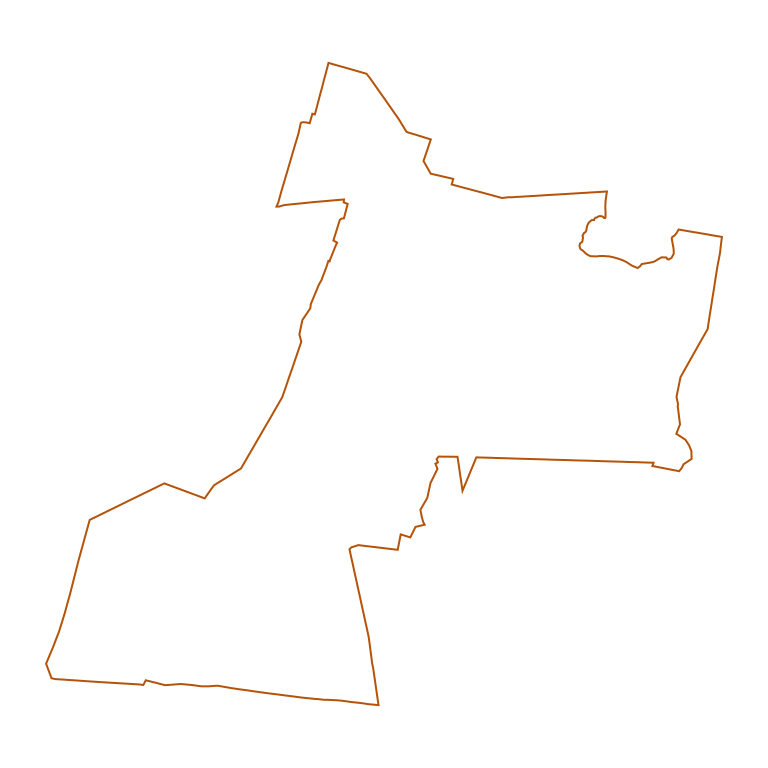 outline of Temamatla, México, Mexico
{"feature_id": "50627088B72958492405595", "entity_name": "Temamatla", "entity_type": "district", "adm_level": 2, "iso_a3": "MEX", "parent_name": "Mexico", "parent_adm1": "México", "projection": "mercator", "projection_center": [-98.878, 19.192], "detail": "fine", "context": "isolated", "style": "outline", "palette": "amber", "viewbox_px": 768, "rotation_deg": 0, "n_neighbors": 0, "source": "geoboundaries", "source_scale": "gbopen_adm2", "svg_char_len": 5239}
<svg xmlns="http://www.w3.org/2000/svg" viewBox="0 0 768 768"><path d="M407.1,132.1L406.6,131.9L405.3,129.9L402.2,124.8L398.9,119.4L398.6,118.9L392.6,110.4L391.8,109.2L388.3,104.2L384.9,99.3L381.2,94.1L373.6,83.3L372.6,81.9L372.3,81.4L370.5,78.9L370.2,78.4L368.6,76.4L366.6,73.8L359.0,71.6L351.3,69.4L343.7,67.2L336.1,65.1L328.5,62.9L327.9,65.1L327.5,66.8L327.0,68.6L326.4,70.9L325.4,74.8L324.5,78.0L323.9,80.2L323.1,83.4L322.7,84.9L322.1,87.3L321.5,89.5L320.7,92.3L320.2,94.2L319.4,97.2L318.5,100.8L317.9,102.9L317.4,105.0L315.8,111.0L314.8,114.5L312.4,113.7L309.7,123.2L306.6,122.5L304.7,122.3L303.5,122.2L302.7,122.3L301.9,122.4L301.2,122.7L300.8,123.0L298.5,133.2L298.4,133.7L295.7,142.8L295.0,145.1L293.9,148.8L291.9,155.6L289.3,164.5L286.7,173.4L284.1,182.1L281.5,190.8L278.3,202.5L276.5,206.6L278.9,206.6L284.1,205.1L291.6,204.3L303.0,203.2L314.4,202.0L317.2,201.8L328.5,200.8L336.4,200.1L344.0,199.5L343.7,202.4L347.7,203.9L343.9,218.4L341.6,218.6L339.8,219.9L336.6,230.2L333.4,240.5L337.1,242.6L335.9,245.2L333.8,250.3L330.0,259.9L329.9,260.2L329.6,261.4L328.4,260.9L326.2,267.6L322.3,277.7L321.6,279.9L318.8,284.8L314.8,294.5L310.8,304.1L310.3,308.3L302.4,320.0L299.5,333.8L299.4,334.4L301.3,341.8L298.3,350.5L295.3,359.3L292.3,368.1L288.9,377.8L285.6,387.6L282.2,397.3L278.1,404.4L274.0,411.5L269.9,418.7L265.7,425.8L261.6,432.9L257.5,440.0L253.4,447.1L249.2,454.3L245.1,461.4L241.0,468.5L234.2,472.7L227.5,476.9L220.7,481.1L214.0,485.3L208.3,493.2L204.7,498.4L192.6,493.9L164.3,483.4L127.0,501.6L89.7,519.9L84.1,540.2L78.5,560.6L74.3,577.2L70.1,593.8L67.4,603.4L64.8,613.0L62.0,622.1L59.1,631.3L56.2,638.9L53.3,646.5L49.7,655.1L46.1,663.7L51.5,678.2L55.2,679.1L60.6,679.4L69.2,680.0L76.9,680.5L85.1,681.1L92.9,681.6L101.9,682.2L115.3,683.0L118.7,683.2L127.0,683.7L139.9,684.5L143.3,685.0L145.8,680.3L155.5,682.7L165.2,685.2L180.7,684.0L191.7,685.0L193.9,685.3L201.3,686.3L208.9,686.3L215.7,685.8L217.6,685.7L231.4,688.1L239.5,689.3L247.7,690.4L255.8,691.6L261.0,692.3L269.1,693.4L277.2,694.4L285.8,695.5L294.4,696.6L302.9,697.7L314.7,698.9L318.0,699.1L324.3,699.8L327.1,699.8L337.4,700.3L342.7,700.8L347.0,701.4L350.8,702.0L356.9,702.6L362.9,703.3L367.8,704.1L378.5,705.1L377.2,696.1L375.9,687.1L374.6,678.0L373.3,669.0L372.1,663.0L371.0,654.4L369.9,645.8L368.7,637.1L367.0,629.1L365.2,621.1L363.5,613.1L361.7,605.1L360.0,597.1L358.2,589.1L356.5,581.2L354.7,573.2L353.0,565.2L351.2,557.2L349.5,549.2L351.3,547.4L358.4,545.1L366.2,546.1L376.0,547.2L385.7,548.4L397.7,549.8L400.7,534.4L410.3,537.4L415.5,526.9L424.7,524.7L423.2,522.1L421.8,517.0L420.4,509.8L427.3,497.9L430.5,483.0L436.0,471.9L437.5,468.9L435.4,463.7L437.9,462.4L436.6,459.2L438.6,456.6L449.2,456.7L457.5,456.8L458.8,465.3L460.0,473.8L461.3,482.3L462.5,490.8L466.0,482.4L469.4,474.1L472.9,465.7L476.3,457.4L491.6,457.8L496.3,458.0L501.2,458.1L509.8,458.4L519.4,458.7L530.2,459.0L544.4,459.4L552.3,459.7L560.2,459.9L568.1,460.1L575.9,460.4L583.8,460.6L591.7,460.8L606.0,461.3L612.9,461.5L621.0,461.7L629.1,462.0L637.3,462.2L645.4,462.5L653.5,462.7L652.4,466.0L679.2,471.2L681.9,467.8L683.5,464.3L691.6,458.9L691.4,451.0L689.1,445.4L685.4,439.7L676.3,433.8L680.0,424.4L677.7,405.8L678.1,404.5L676.5,396.9L678.5,387.0L680.5,377.2L685.1,369.0L689.7,360.8L689.9,360.4L696.8,348.2L697.5,346.9L702.5,338.1L707.6,329.2L708.8,321.3L710.0,313.4L711.3,305.5L712.5,297.6L713.8,289.7L715.0,281.8L716.2,274.0L717.5,266.1L720.0,253.0L720.3,250.8L720.4,249.3L721.9,236.9L717.8,236.2L714.1,235.6L710.5,235.0L708.5,234.6L696.2,232.5L694.7,232.3L686.6,230.9L678.6,229.5L677.1,232.1L676.6,233.0L676.0,233.8L674.5,235.6L672.3,237.0L672.0,237.6L671.7,238.3L673.6,249.0L673.8,253.5L671.6,257.8L669.7,258.9L669.1,259.4L667.5,259.3L666.4,257.5L661.6,257.3L660.2,258.1L658.0,259.3L655.3,261.0L653.7,261.8L650.2,262.6L641.9,264.0L641.0,265.1L640.1,266.2L637.6,268.0L632.0,265.7L631.4,265.3L626.5,262.1L625.7,261.7L624.5,261.1L622.4,260.1L619.2,259.0L617.7,258.5L613.8,257.4L608.8,256.3L607.0,256.3L603.8,256.0L601.4,256.0L599.0,256.1L597.5,256.3L596.2,256.4L590.6,256.2L588.3,255.2L585.9,253.6L582.9,250.7L580.7,249.3L579.9,247.7L579.5,245.7L580.0,243.5L581.5,242.4L582.4,241.5L583.0,237.2L582.8,236.7L582.5,235.8L583.4,234.1L583.9,233.3L584.0,233.0L585.5,232.0L585.9,231.4L586.3,230.6L586.6,229.0L586.7,227.7L587.2,225.9L587.8,224.3L588.8,222.6L591.6,220.1L594.1,220.0L594.4,218.9L594.6,218.5L595.0,218.2L595.6,217.7L596.0,217.7L596.8,217.5L597.6,216.9L598.0,216.7L598.8,216.3L599.7,216.1L600.8,216.1L601.9,216.3L603.1,216.9L603.9,217.9L604.2,217.9L604.8,218.1L605.3,217.9L605.5,217.5L605.5,216.7L605.4,215.9L605.6,213.7L605.3,207.1L605.6,200.7L606.9,191.5L591.9,192.4L588.5,192.6L586.4,192.8L585.1,192.8L578.9,193.2L573.9,193.5L570.7,193.7L566.0,194.0L562.2,194.2L557.8,194.5L551.8,194.8L546.7,195.1L541.1,195.5L534.7,195.9L531.8,196.0L529.6,196.2L526.0,196.4L522.7,196.6L519.6,196.8L516.6,196.9L514.3,197.1L513.3,197.2L511.3,197.3L508.8,197.2L502.0,198.0L492.2,195.3L483.3,192.9L474.2,190.5L471.2,189.7L464.9,188.0L461.0,187.0L457.4,186.0L451.7,184.5L452.5,181.7L453.2,178.9L447.2,177.5L441.2,176.1L436.9,175.1L430.7,173.7L428.0,168.9L425.5,164.5L423.5,161.0L427.2,150.2L430.8,139.4L424.9,137.6L416.3,134.9L408.5,132.6L407.1,132.1Z" fill="none" stroke="#b45309" stroke-width="2"/></svg>